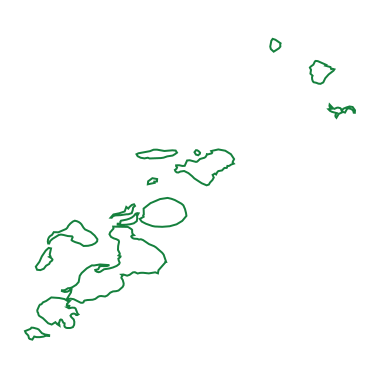 map outline of Western (Equal Earth projection), rotated 94°
{"feature_id": "SLB-3507", "entity_name": "Western", "entity_type": "Province", "adm_level": 1, "iso_a3": "SLB", "parent_name": "Solomon Islands", "parent_adm1": "", "projection": "equal_earth", "projection_center": [157.155, -7.826], "detail": "fine", "context": "isolated", "style": "outline", "palette": "green", "viewbox_px": 384, "rotation_deg": 94, "n_neighbors": 0, "source": "natural_earth", "source_scale": "10m", "svg_char_len": 6043}
<svg xmlns="http://www.w3.org/2000/svg" viewBox="0 0 384 384"><g transform="rotate(94 192 192)"><path d="M297.5,306.4L299.1,307.6L300.2,309.6L300.6,312.1L299.9,314.9L299.1,314.9L298.9,312.4L298.0,310.8L296.7,309.1L296.3,306.8L295.3,304.7L292.7,301.1L289.7,298.8L283.4,298.1L280.5,296.4L275.5,291.6L272.2,286.8L272.1,284.5L270.7,278.8L270.7,269.3L271.6,271.1L272.0,272.9L272.2,277.2L272.9,279.1L275.6,280.1L276.5,283.1L277.4,282.8L278.2,281.3L278.5,279.4L277.9,277.8L275.2,274.3L274.1,269.3L272.8,265.6L271.0,262.0L269.0,259.7L267.6,259.2L265.4,260.3L263.6,260.8L262.0,259.0L261.2,258.8L260.5,260.8L259.3,259.8L258.3,259.8L254.9,261.8L251.0,261.9L246.8,261.3L245.4,261.8L244.4,264.0L243.7,266.9L242.4,269.7L239.9,271.4L237.9,270.8L234.0,267.8L232.0,268.2L231.3,253.8L231.6,252.9L233.3,249.8L234.0,249.1L236.9,248.8L238.1,248.2L239.1,246.9L239.7,248.9L240.5,249.5L241.4,249.0L242.2,247.9L242.6,246.5L242.6,243.2L243.1,241.6L242.7,239.7L243.3,237.6L247.0,231.2L248.7,226.0L249.8,224.0L254.7,217.5L256.5,215.9L263.6,212.9L263.7,213.8L264.4,213.9L272.4,220.0L275.5,220.3L274.7,223.1L276.2,229.4L276.0,235.3L276.3,238.2L277.1,240.5L276.0,243.4L276.3,245.3L279.0,248.5L280.0,250.9L279.1,254.7L279.4,256.5L280.2,255.4L281.6,256.3L282.5,256.5L284.7,254.9L287.9,253.8L289.8,253.8L291.6,254.6L295.4,258.4L296.2,260.7L296.7,263.9L298.1,266.5L301.1,269.2L302.3,271.4L302.1,275.3L302.3,276.7L302.9,278.1L305.4,281.0L306.4,283.6L307.1,289.0L307.8,291.6L308.3,292.1L309.7,292.6L310.2,293.8L310.2,295.3L307.2,302.5L306.9,305.7L307.8,309.5L300.7,305.8L297.5,305.4L297.5,306.4ZM183.4,175.7L184.3,177.9L182.6,182.9L178.3,190.6L176.2,193.0L173.4,196.9L171.6,201.3L172.4,205.0L173.5,206.9L173.5,208.5L172.7,209.8L171.2,210.6L169.9,209.1L168.6,208.6L167.2,209.7L166.5,209.7L166.2,206.6L166.7,203.4L166.4,201.1L160.9,199.1L160.5,196.5L161.7,190.1L161.3,188.9L158.5,186.3L157.0,182.1L156.2,181.0L154.2,179.9L153.2,179.8L153.3,178.6L152.1,175.1L151.4,174.6L149.8,175.7L147.7,168.7L148.5,161.7L151.6,155.8L156.2,152.3L158.8,153.4L159.7,153.5L160.8,152.3L161.8,154.7L163.2,156.5L163.5,157.3L163.5,158.5L165.3,158.8L165.6,159.2L165.7,161.3L168.4,163.6L169.3,167.2L170.5,168.2L172.8,169.2L172.0,170.4L173.5,172.6L176.1,171.3L178.7,172.5L181.2,174.6L183.4,175.7ZM217.8,238.5L211.9,239.1L206.0,232.6L201.3,223.4L199.6,215.9L200.2,212.1L201.2,208.6L204.4,201.7L205.9,199.7L209.5,197.8L213.4,196.5L216.2,195.9L221.5,199.7L225.3,205.1L227.7,211.8L228.8,219.2L229.0,226.6L228.7,229.2L226.9,235.7L225.0,240.1L222.5,242.2L220.1,238.5L218.7,239.1L217.8,238.5ZM327.4,301.1L329.8,300.3L332.7,300.3L335.1,301.4L336.1,303.7L336.4,307.0L336.2,308.2L335.4,309.5L334.3,310.0L331.9,309.9L331.4,311.2L328.6,312.9L328.3,313.9L329.0,314.8L331.3,315.3L332.2,316.0L333.3,315.2L334.6,314.9L333.1,317.5L331.4,319.2L334.0,322.7L333.0,326.3L328.3,331.9L326.3,335.7L325.3,336.5L323.3,337.1L322.4,337.8L320.7,338.1L315.9,336.4L314.9,335.7L314.6,334.6L313.9,333.9L312.5,333.0L310.9,329.9L307.0,325.0L307.0,317.1L307.7,311.7L309.4,308.5L309.3,306.4L312.4,308.9L313.7,309.0L314.1,306.4L314.9,306.5L315.3,307.0L315.7,308.6L316.6,306.6L315.7,303.5L315.7,301.1L316.4,300.0L321.3,297.7L322.0,296.8L322.8,297.9L322.8,299.0L321.9,299.9L321.5,301.1L321.7,302.4L322.4,303.7L323.9,304.6L325.2,303.7L327.4,301.1ZM248.3,308.8L245.4,307.9L244.6,308.6L244.6,312.8L243.8,317.3L243.6,319.8L244.2,321.9L248.4,327.8L250.7,330.0L253.4,330.9L253.4,331.9L251.6,332.4L249.4,332.3L247.3,331.6L245.8,330.4L244.5,328.6L241.7,327.1L241.5,322.5L237.7,315.1L236.4,313.9L234.5,313.1L232.0,311.2L229.8,308.8L228.8,306.9L229.2,304.7L229.9,302.8L230.9,301.2L232.0,300.0L235.1,297.8L236.8,296.1L239.0,290.3L242.2,286.1L245.7,283.1L247.9,283.2L249.9,285.0L251.7,288.0L252.9,291.9L253.4,296.4L251.3,300.0L250.1,305.1L249.0,308.0L248.3,308.8ZM69.2,67.0L73.5,68.7L75.1,71.3L75.1,73.4L74.4,75.6L74.0,78.3L73.1,79.2L71.2,80.0L69.0,80.3L67.6,79.8L65.7,82.1L61.8,81.8L59.7,83.1L58.7,82.4L56.5,79.8L53.2,78.5L52.6,77.7L52.7,75.6L55.8,67.0L56.7,67.8L57.7,62.6L59.7,61.7L59.3,60.5L59.7,58.5L61.1,59.3L65.2,63.9L69.2,67.0ZM160.3,225.4L161.5,236.6L160.9,238.5L161.8,241.8L161.4,245.6L160.1,248.7L158.2,250.0L157.1,248.1L154.2,236.8L152.5,233.3L152.2,229.9L153.0,222.4L151.8,214.5L151.8,211.2L153.8,209.7L155.5,211.7L157.0,213.9L158.2,219.2L159.7,222.7L160.3,225.4ZM275.7,332.4L278.9,334.5L280.5,337.8L280.4,341.1L277.4,342.6L272.2,339.3L266.7,337.3L260.6,333.8L257.8,331.1L258.1,328.7L264.3,329.6L266.0,328.7L266.7,329.9L267.7,327.8L269.0,326.5L270.1,326.7L271.8,328.7L273.7,329.4L275.7,332.4ZM347.2,339.3L350.4,341.0L349.9,343.6L349.3,344.4L346.6,345.3L344.2,348.0L342.4,348.9L340.2,344.3L339.7,343.5L338.5,342.7L338.5,340.7L339.3,336.7L339.9,335.3L343.3,331.9L344.4,328.7L344.8,324.5L345.6,324.5L345.6,327.7L346.6,330.0L347.4,333.6L347.6,337.1L347.2,339.3ZM103.9,51.1L107.9,53.1L106.8,54.1L105.5,54.3L104.3,53.9L103.2,53.1L102.3,57.9L101.4,60.0L99.9,61.7L99.2,58.5L98.4,59.8L97.5,60.6L96.4,60.9L95.2,60.8L98.8,56.9L99.1,55.7L97.9,53.5L97.6,52.2L98.0,50.0L98.5,49.3L100.3,48.5L99.7,47.6L98.4,46.9L96.9,43.9L95.7,40.8L96.0,37.7L99.1,35.1L101.6,35.1L101.6,36.2L100.0,36.7L98.7,37.9L97.9,39.7L97.6,42.0L98.6,43.3L102.1,44.9L101.6,46.9L103.9,51.1ZM229.6,263.9L228.8,263.9L228.6,261.7L227.7,261.3L226.6,261.4L225.6,260.8L224.1,255.3L223.0,252.6L221.7,250.3L220.0,248.4L217.8,246.9L218.6,245.9L217.4,245.7L216.9,245.3L217.0,243.8L219.8,245.1L222.5,244.8L225.0,245.1L227.3,247.9L228.4,251.2L229.2,255.2L229.7,259.7L229.6,263.9ZM40.8,114.0L42.6,115.3L46.3,120.3L43.9,123.3L41.5,124.1L35.6,123.4L33.6,122.2L34.3,119.4L37.5,114.0L38.4,114.3L40.8,114.0ZM220.1,261.8L220.7,266.9L221.6,269.1L223.3,270.3L223.3,271.4L219.9,268.8L218.3,263.1L216.1,257.8L211.5,256.5L213.0,254.4L211.2,253.2L209.1,251.1L208.3,249.0L209.9,247.9L211.5,249.6L214.4,249.9L217.3,250.7L218.6,253.8L218.8,255.8L220.1,261.8ZM183.9,227.7L184.3,230.3L185.5,229.9L187.4,236.6L184.4,236.5L181.0,232.5L181.5,227.7L183.9,227.7ZM153.3,186.8L154.9,188.4L154.4,190.7L152.1,192.3L150.0,190.9L150.1,189.5L151.0,188.0L152.2,186.7L153.3,186.8Z" fill="none" stroke="#15803d" stroke-width="2"/></g></svg>